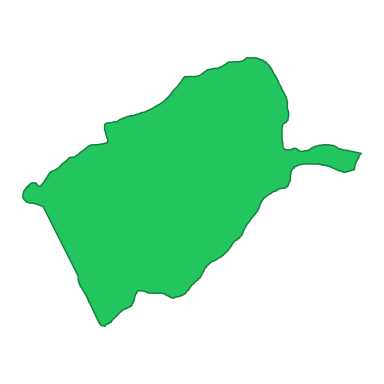 outline of Flores, Heredia, Costa Rica
{"feature_id": "36466004B75019906256139", "entity_name": "Flores", "entity_type": "district", "adm_level": 2, "iso_a3": "CRI", "parent_name": "Costa Rica", "parent_adm1": "Heredia", "projection": "albers", "projection_center": [-84.155, 10.006], "detail": "fine", "context": "isolated", "style": "filled", "palette": "green", "viewbox_px": 384, "rotation_deg": 0, "n_neighbors": 0, "source": "geoboundaries", "source_scale": "gbopen_adm2", "svg_char_len": 5921}
<svg xmlns="http://www.w3.org/2000/svg" viewBox="0 0 384 384"><path d="M361.0,153.4L346.8,150.3L344.5,150.2L343.0,149.9L340.8,149.1L338.6,148.6L338.0,148.3L336.4,147.0L335.6,146.8L334.8,146.1L334.1,146.0L333.5,145.6L330.5,145.2L329.0,144.8L322.8,144.8L322.4,145.2L319.3,145.3L314.3,146.8L313.7,147.2L312.3,147.6L310.7,148.8L310.3,149.4L309.6,149.5L309.3,149.9L308.5,149.9L307.2,150.7L304.9,150.7L302.8,151.4L300.4,151.4L298.5,150.4L298.2,149.8L296.9,149.2L296.5,148.7L295.3,148.3L293.8,148.3L293.2,148.7L292.4,148.8L291.9,149.3L291.2,149.5L290.8,149.9L286.1,149.8L283.7,148.5L282.8,146.8L282.8,142.9L282.4,141.5L282.4,140.7L282.0,140.1L282.0,127.7L282.4,127.0L282.4,125.4L282.8,125.0L282.8,124.3L283.2,123.9L286.3,122.1L286.8,121.0L287.8,120.3L287.9,118.8L288.2,118.4L288.2,117.6L288.6,116.1L288.6,112.3L287.4,108.6L287.4,101.6L286.6,99.5L286.4,98.0L286.0,97.4L285.6,96.0L285.1,95.4L285.0,94.7L284.7,94.0L282.8,91.0L282.5,90.3L282.0,90.0L282.0,89.2L281.2,87.9L281.2,87.2L278.5,82.7L278.5,81.9L277.7,80.6L276.6,77.7L273.6,73.2L273.4,72.5L272.7,71.5L272.3,70.1L271.7,69.8L271.2,68.4L270.1,67.2L270.0,66.5L268.5,65.0L268.2,64.4L267.6,64.0L266.5,62.9L266.1,62.2L265.4,62.1L262.3,59.9L260.8,59.7L256.7,58.0L255.9,57.9L246.6,57.9L244.4,59.8L242.1,61.3L239.8,61.4L238.4,61.8L233.0,61.8L231.5,62.1L229.2,62.1L227.8,62.5L225.2,64.6L224.5,64.9L221.4,66.8L220.6,66.8L220.0,67.3L218.6,67.8L218.0,68.3L214.9,68.4L210.4,69.2L209.7,69.5L208.2,69.5L205.2,71.4L204.2,72.4L203.6,72.6L203.3,73.3L202.6,73.4L202.1,74.0L200.9,74.6L199.3,75.7L198.5,75.8L196.5,76.5L184.9,76.6L183.4,78.1L182.8,79.3L182.2,79.8L182.1,80.5L181.0,81.6L180.3,82.9L179.0,84.1L177.8,86.0L176.3,87.8L175.7,88.1L173.8,90.0L173.2,91.3L172.5,91.7L172.2,92.3L170.2,94.7L169.9,95.4L169.4,95.7L168.1,97.3L167.5,97.6L166.8,98.6L165.5,99.5L165.2,100.1L164.1,101.2L159.7,104.2L159.0,104.4L151.7,108.8L144.7,112.1L141.7,112.6L141.3,113.0L140.5,113.0L138.5,114.1L137.0,114.3L135.6,114.9L134.8,115.0L134.2,115.4L132.7,115.7L130.4,115.8L129.0,116.3L127.5,116.5L124.1,117.9L123.4,118.0L123.0,118.4L120.8,119.2L120.4,119.6L119.7,119.6L118.9,120.4L116.6,121.9L113.6,121.9L113.2,122.3L111.7,122.7L108.6,122.7L105.8,123.5L104.6,124.6L104.6,130.0L105.0,130.4L105.3,131.8L105.7,132.2L105.7,133.8L106.1,134.4L106.9,137.8L107.7,138.8L107.7,141.9L107.5,142.5L106.8,142.6L105.4,143.2L104.7,143.3L104.1,143.7L101.8,143.8L100.7,144.4L98.4,144.4L98.0,144.8L91.8,144.8L91.1,145.1L90.6,145.6L89.8,145.6L88.5,146.4L87.8,146.6L87.6,147.3L86.4,147.9L85.3,148.8L84.7,149.1L83.5,150.3L80.2,152.6L77.3,155.1L76.6,155.3L74.9,156.6L73.8,157.3L70.7,157.3L70.3,157.6L68.9,158.0L67.1,160.2L65.8,161.1L64.7,162.2L62.7,163.4L61.8,164.7L61.1,165.0L59.8,166.7L58.8,167.6L56.4,169.3L55.7,169.5L54.5,170.5L53.7,170.5L53.1,171.0L51.8,171.4L51.4,172.0L50.6,172.0L49.8,172.8L49.6,173.4L49.1,173.8L47.9,175.6L47.8,176.4L46.7,177.5L46.0,178.9L45.0,180.0L44.0,182.1L41.3,184.9L41.2,185.6L40.0,186.4L38.5,186.3L37.8,186.0L37.5,185.3L37.0,185.0L36.6,183.7L36.2,183.3L35.5,183.2L35.0,182.9L31.9,182.9L30.1,184.0L29.0,185.1L28.6,185.8L28.0,186.1L27.6,186.8L26.9,186.8L26.9,187.6L26.2,187.9L25.9,188.6L25.0,189.5L24.4,190.8L23.8,191.1L23.7,191.9L23.0,193.9L23.0,197.8L24.0,199.6L25.8,201.2L26.1,201.8L30.0,203.1L33.1,203.1L33.8,203.4L36.8,204.0L37.3,204.5L41.5,205.8L42.1,206.2L42.9,206.2L43.2,206.6L78.2,276.1L78.2,279.9L78.9,282.1L79.1,283.6L79.4,284.2L80.1,285.0L80.1,285.8L80.8,286.9L81.7,287.8L81.8,288.5L83.3,290.5L83.9,291.9L84.8,292.8L84.8,293.5L85.4,294.0L85.5,294.7L86.1,295.2L86.6,296.6L86.7,297.3L87.3,297.6L87.8,298.9L87.9,299.7L88.5,300.1L88.6,301.5L89.3,302.8L89.8,303.1L91.0,306.0L91.9,307.3L92.9,310.0L93.7,311.2L93.8,312.0L95.6,315.2L95.6,316.0L96.0,316.4L96.2,317.0L96.8,317.6L97.2,319.1L98.3,320.7L98.7,322.1L101.1,325.5L105.2,326.1L105.5,324.7L106.5,324.1L107.7,324.1L108.8,323.6L109.4,322.9L110.4,322.3L111.3,322.1L111.5,320.9L115.8,316.6L117.5,315.1L117.9,314.0L118.9,313.5L120.6,311.8L121.6,311.4L122.2,310.4L126.2,308.5L128.4,307.7L129.2,306.8L130.3,306.5L131.3,306.0L131.9,305.3L131.9,304.2L133.2,302.6L133.4,301.5L134.1,300.5L134.4,299.3L134.6,297.0L135.2,296.0L135.7,293.8L136.7,293.3L136.8,292.1L137.4,291.1L138.2,290.8L143.1,290.8L143.7,291.4L144.8,291.5L146.9,292.4L148.0,292.6L149.0,293.2L162.3,293.2L163.3,293.8L164.5,293.8L166.7,295.6L167.9,295.6L168.7,296.3L171.7,297.9L172.8,298.0L174.1,298.0L174.7,297.4L175.8,297.3L176.9,296.8L178.1,296.8L181.6,295.6L185.3,293.7L185.9,293.1L187.0,291.0L188.0,290.5L188.8,289.7L189.8,287.7L190.5,287.0L191.8,285.0L192.8,284.5L194.2,282.9L196.8,280.5L197.9,279.9L198.4,278.9L199.4,278.5L200.3,277.6L200.5,276.5L201.1,275.9L201.5,274.8L202.2,273.9L203.3,271.7L204.1,270.8L204.1,269.6L205.5,267.6L206.6,267.1L206.6,265.9L207.7,265.3L210.9,262.2L213.0,261.2L214.1,260.9L216.2,259.8L219.3,257.4L220.5,257.4L222.3,255.6L223.4,255.1L223.9,254.2L224.9,253.6L228.4,250.0L228.9,249.0L230.2,247.5L231.4,245.9L232.3,244.1L234.1,241.7L236.3,239.9L237.4,239.8L237.8,238.8L239.6,238.0L239.9,237.1L242.0,234.7L243.0,232.7L243.0,231.5L244.2,229.9L244.4,228.9L245.6,227.2L246.0,226.0L247.2,224.0L249.4,221.5L250.6,219.4L252.3,217.7L253.7,215.7L255.4,214.0L255.8,213.0L256.7,212.1L258.1,210.1L258.1,208.9L258.9,208.1L259.8,206.0L259.9,204.8L260.4,203.7L261.1,202.8L261.1,201.6L262.1,201.0L262.4,200.0L263.2,199.3L263.7,198.4L264.6,197.6L267.2,195.8L267.8,195.0L271.5,193.1L272.3,192.2L274.5,191.3L275.7,191.3L276.9,190.1L278.7,189.1L281.9,188.2L284.3,188.2L285.4,187.8L287.2,186.7L288.4,185.1L288.5,183.9L289.7,182.0L289.9,181.0L290.3,180.2L290.4,175.4L290.9,174.3L290.9,171.9L291.4,171.3L291.5,170.1L292.3,169.6L293.0,168.5L294.0,168.1L294.5,167.0L298.8,165.0L300.0,164.6L301.2,164.6L303.5,164.0L318.1,164.0L319.2,164.1L322.7,165.2L325.1,165.2L330.8,167.0L338.5,170.5L340.9,171.2L344.3,172.5L354.2,169.7L354.2,168.5L354.6,168.2L354.6,166.6L356.1,162.0L357.3,160.4L357.3,159.6L358.3,158.4L359.2,155.9L361.0,153.4Z" fill="#22c55e" stroke="#15803d" stroke-width="1.5"/></svg>